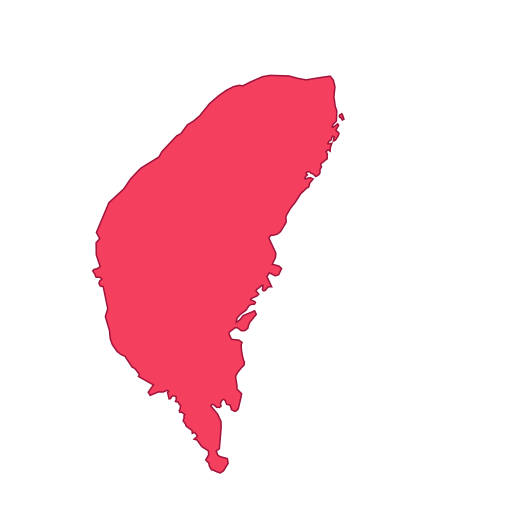 outline of Fanapanges, Federated States of Micronesia, rotated 232°
{"feature_id": "79324940B4791300793678", "entity_name": "Fanapanges", "entity_type": "district", "adm_level": 2, "iso_a3": "FSM", "parent_name": "Federated States of Micronesia", "parent_adm1": "", "projection": "robinson", "projection_center": [151.663, 7.353], "detail": "fine", "context": "isolated", "style": "filled", "palette": "rose", "viewbox_px": 512, "rotation_deg": 232, "n_neighbors": 0, "source": "geoboundaries", "source_scale": "gbopen_adm2", "svg_char_len": 3728}
<svg xmlns="http://www.w3.org/2000/svg" viewBox="0 0 512 512"><g transform="rotate(232 256 256)"><path d="M211.7,186.9L212.4,188.5L212.4,195.2L210.9,197.2L206.2,198.4L204.2,201.0L204.0,203.0L204.1,205.1L205.6,206.9L207.5,210.0L209.8,220.3L213.6,221.2L214.1,220.0L214.3,218.5L215.3,215.1L216.9,209.3L215.6,203.9L215.8,199.6L217.0,200.9L218.6,202.4L219.2,204.9L219.6,208.3L219.4,214.8L220.4,217.5L221.0,219.5L221.1,221.7L220.3,223.1L219.0,225.1L219.6,226.9L220.8,227.0L224.7,224.8L225.5,225.6L223.9,232.5L224.3,234.7L228.6,234.5L229.2,235.9L229.1,238.5L229.2,243.0L228.4,243.4L225.5,240.3L224.1,240.3L223.3,241.6L223.4,243.1L224.2,246.6L222.1,249.4L226.5,250.4L233.0,251.9L234.6,256.1L228.5,259.0L227.3,262.3L230.4,268.5L234.1,267.8L239.5,263.7L242.6,270.0L243.8,271.4L246.1,273.4L262.2,277.2L263.2,280.2L261.6,282.7L260.1,286.3L260.1,290.2L263.9,300.4L268.7,303.9L270.0,306.6L272.3,312.3L274.1,319.8L277.5,329.5L278.3,337.6L277.9,340.0L280.4,343.3L281.5,348.4L284.3,347.1L284.9,346.1L285.7,344.0L286.2,342.5L287.2,342.1L288.1,344.1L288.2,346.4L290.7,346.5L290.7,347.8L290.1,349.4L289.3,350.2L287.5,350.2L285.5,351.5L281.8,352.0L281.4,354.9L281.5,356.2L282.2,357.7L284.8,359.7L285.9,362.5L288.2,363.2L288.8,364.2L288.7,366.1L288.8,368.5L288.8,372.1L290.6,373.3L292.4,375.1L295.0,375.3L295.4,378.1L292.9,379.0L295.3,380.9L298.2,385.2L298.9,383.2L300.3,381.7L300.9,383.0L301.6,384.6L301.1,386.2L303.4,390.0L301.8,390.9L299.0,387.7L298.5,388.7L298.5,390.0L298.9,391.5L300.3,395.2L301.6,397.0L306.1,396.4L308.1,401.6L309.9,401.7L309.8,396.0L310.9,395.5L312.2,397.6L312.9,402.5L320.6,409.0L325.2,410.6L333.6,415.5L340.6,422.3L346.8,425.2L352.0,425.2L356.6,417.3L364.0,403.8L370.4,398.2L377.6,392.8L389.6,378.4L393.3,371.5L396.7,358.2L398.2,350.4L400.8,347.9L403.3,342.5L404.8,334.7L405.3,325.9L404.7,313.2L401.1,298.0L400.8,289.9L401.6,282.7L398.6,272.0L399.5,267.6L396.2,246.1L393.8,240.6L396.1,219.7L395.8,216.5L394.0,204.7L390.2,193.0L388.6,173.0L372.8,144.7L365.9,143.6L364.9,138.2L355.3,130.9L343.6,126.7L343.6,124.8L343.9,122.7L345.1,120.2L344.8,118.2L340.8,117.8L337.9,116.9L334.9,120.2L332.6,120.2L332.6,117.5L331.2,115.4L328.3,114.8L327.1,115.6L326.0,116.8L305.7,106.7L301.0,100.0L287.4,94.6L280.7,90.3L274.6,88.2L266.2,87.8L263.3,88.5L260.9,89.3L257.8,91.0L244.4,90.0L242.4,91.2L239.8,91.3L234.5,91.2L233.4,89.2L217.6,95.8L215.0,87.2L211.3,86.8L209.0,95.3L206.0,99.1L205.3,101.5L205.1,102.9L203.3,104.1L202.9,102.3L196.9,99.5L196.3,100.4L196.7,102.4L197.2,103.4L196.8,104.5L195.9,105.6L194.3,106.4L191.9,104.7L191.1,103.0L190.2,103.3L189.2,104.7L187.5,104.4L184.3,104.3L182.1,101.8L181.6,100.5L179.9,99.7L178.7,101.2L177.8,101.5L174.8,102.3L174.3,100.6L172.9,99.9L171.0,97.1L167.2,97.0L164.9,96.2L157.8,98.2L155.5,96.6L154.8,99.0L152.8,99.1L149.9,98.9L149.8,94.4L148.6,95.2L147.7,96.3L139.3,95.9L136.1,97.0L132.0,98.5L128.6,96.5L126.2,90.8L121.9,91.3L118.8,89.8L115.0,89.3L113.0,90.8L110.3,92.1L108.6,93.2L107.1,94.1L106.7,98.1L109.8,106.4L114.0,108.7L115.2,107.8L120.0,104.2L122.6,103.3L126.8,104.5L126.8,106.0L126.6,108.4L142.0,122.7L147.1,126.5L155.0,128.4L165.6,128.1L166.1,129.2L166.0,130.2L165.1,130.9L163.3,131.5L161.0,131.8L159.1,134.1L159.2,136.0L161.7,137.3L162.9,139.2L163.3,141.4L162.7,142.4L161.0,142.7L157.2,141.6L154.4,143.8L150.0,142.1L148.7,142.7L147.0,143.4L146.1,144.9L146.4,147.8L154.0,157.3L156.4,159.9L162.9,159.1L165.4,161.1L169.3,163.3L172.9,165.2L174.1,166.6L175.5,169.7L176.9,175.6L177.4,179.5L179.6,181.6L181.3,181.9L185.2,183.6L190.7,186.5L195.2,189.7L196.5,191.8L200.6,190.6L201.7,189.1L205.6,185.3L206.8,185.7L211.7,186.9ZM313.5,407.3L312.3,408.2L310.0,407.7L309.7,409.6L314.1,411.1L315.3,411.2L315.5,408.6L314.9,407.7L313.5,407.3Z" fill="#f43f5e" stroke="#9f1239" stroke-width="1.5"/></g></svg>